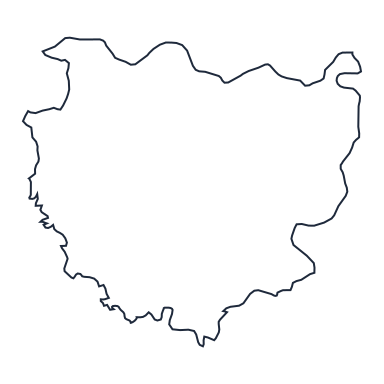 SVG path tracing the border of Komoé
{"feature_id": "BFA-2836", "entity_name": "Komoé", "entity_type": "Province", "adm_level": 1, "iso_a3": "BFA", "parent_name": "Burkina Faso", "parent_adm1": "", "projection": "albers", "projection_center": [-4.486, 10.237], "detail": "fine", "context": "isolated", "style": "outline", "palette": "slate", "viewbox_px": 384, "rotation_deg": 0, "n_neighbors": 0, "source": "natural_earth", "source_scale": "10m", "svg_char_len": 3637}
<svg xmlns="http://www.w3.org/2000/svg" viewBox="0 0 384 384"><path d="M32.4,198.9L29.6,198.6L29.3,197.6L30.2,196.2L30.8,194.9L30.9,182.0L29.2,178.5L29.0,178.4L35.1,173.7L35.0,169.1L36.1,165.3L38.4,161.6L38.9,158.6L37.4,150.4L37.6,146.4L36.1,141.7L32.4,137.4L31.3,127.5L26.5,124.9L23.0,121.2L25.3,116.0L28.1,111.1L30.4,112.4L35.6,113.1L42.6,110.6L49.3,109.2L53.8,107.8L57.5,109.2L60.4,109.6L63.1,105.5L66.6,98.4L68.1,94.0L69.2,89.5L68.8,80.8L66.8,73.3L68.4,68.2L68.9,63.1L65.0,59.9L61.3,60.7L57.7,59.1L51.7,57.7L45.3,55.0L42.7,51.4L54.9,46.6L65.2,38.1L69.8,37.7L80.0,39.5L99.9,39.4L103.1,40.6L104.9,42.3L106.2,45.6L112.6,53.7L115.1,57.8L119.2,59.6L125.6,61.8L130.8,64.7L135.3,64.3L147.4,55.3L149.3,52.9L153.5,48.9L159.9,44.7L165.9,42.5L171.5,42.6L176.5,43.0L182.2,45.1L187.1,50.6L192.9,65.8L195.7,69.8L199.1,71.3L205.2,71.8L218.8,76.0L220.8,77.7L222.3,80.5L224.5,82.7L228.2,82.5L240.7,75.6L242.9,73.9L248.7,71.0L258.4,67.7L265.1,64.6L267.9,64.3L270.0,65.5L275.4,71.6L278.4,74.5L281.6,76.4L286.8,78.1L300.2,80.6L305.1,85.7L309.3,85.3L312.7,83.3L320.4,80.7L323.6,78.5L324.5,74.5L325.1,69.9L333.2,61.9L335.8,57.5L338.6,54.2L342.5,52.6L352.4,52.5L352.4,54.5L354.5,57.9L358.1,61.6L360.1,66.7L361.0,71.5L357.7,73.4L344.5,73.2L339.9,74.1L337.8,76.0L336.9,78.1L336.6,80.7L337.7,83.8L340.3,86.3L344.0,87.6L353.0,88.6L355.6,90.6L359.8,95.6L360.0,97.4L359.7,101.3L359.1,103.6L358.6,106.2L358.3,126.8L359.2,133.4L359.1,137.3L358.0,138.3L356.1,139.8L353.7,142.5L352.1,147.6L349.6,153.1L343.0,161.5L341.9,163.4L340.7,165.0L340.7,168.8L342.7,172.3L343.7,175.6L345.2,183.5L346.8,187.7L347.3,191.7L345.7,195.9L338.4,206.1L334.2,215.3L331.6,218.5L324.1,222.6L314.1,225.7L308.6,225.6L301.8,224.0L296.6,224.3L294.7,228.0L292.1,235.5L291.4,238.8L293.5,245.0L306.9,255.8L313.8,263.1L314.5,267.7L314.4,271.4L314.4,272.7L314.4,272.8L310.1,274.1L301.3,279.8L296.4,281.1L292.9,282.9L291.9,286.8L290.5,290.1L283.0,290.2L281.1,290.9L277.5,292.6L277.3,293.2L277.2,294.5L276.7,295.6L275.3,295.9L273.9,295.5L271.5,294.1L258.3,290.2L254.3,290.7L250.1,293.9L243.4,303.3L239.1,305.7L230.4,306.8L226.3,308.3L223.3,311.1L224.3,311.3L227.0,312.2L220.0,319.7L218.7,321.8L218.7,323.9L219.3,329.5L218.8,332.4L215.8,338.3L214.2,340.2L207.9,337.5L204.3,336.6L203.6,340.3L203.7,344.2L202.9,346.3L199.7,344.8L198.2,342.2L196.2,334.5L194.1,331.0L188.4,329.7L180.1,330.1L172.5,329.3L169.2,324.4L169.8,320.1L172.0,314.0L172.6,309.9L172.0,308.8L170.6,308.0L168.8,307.7L164.6,307.7L163.8,308.1L163.6,309.1L162.9,310.7L161.8,313.9L161.7,317.1L160.8,319.5L157.4,320.5L154.7,319.5L151.4,314.5L148.7,312.3L145.7,315.4L143.0,316.9L140.1,317.3L136.7,317.2L136.9,317.8L136.1,319.2L134.6,320.8L132.7,322.1L130.8,322.9L130.6,322.7L130.7,321.8L129.5,320.5L126.4,319.2L125.1,318.2L124.6,316.4L124.3,313.9L123.4,312.3L120.7,309.9L119.4,308.2L118.7,306.9L117.5,306.1L115.1,305.8L112.8,306.1L112.0,306.9L112.3,308.0L113.7,309.2L110.1,309.8L107.1,304.9L104.0,305.8L103.3,303.9L102.9,303.0L100.8,301.1L100.8,299.3L103.1,299.5L105.0,299.2L108.8,297.9L106.6,293.9L105.4,288.6L103.5,285.0L99.1,286.4L97.5,281.6L94.2,278.6L89.6,277.2L84.2,276.8L82.2,276.3L81.4,275.1L80.4,274.0L77.7,273.5L76.0,274.6L74.7,276.7L73.4,278.3L71.4,277.5L64.6,271.2L64.3,268.5L67.6,258.8L67.2,257.3L64.7,251.8L62.1,248.4L61.0,246.0L66.0,245.8L66.9,242.6L65.3,238.3L62.7,234.7L59.9,232.9L56.8,231.4L54.3,229.1L53.1,224.9L50.8,226.8L48.1,228.0L45.5,227.6L43.6,224.8L46.8,223.4L45.3,222.9L44.0,222.3L42.4,221.8L40.5,221.8L42.6,219.8L48.0,217.9L47.6,216.1L41.7,212.2L40.4,209.8L41.9,205.5L35.7,205.8L35.9,203.2L37.8,198.9L37.2,194.1L36.5,195.6L35.5,197.2L34.1,198.4L32.4,198.9Z" fill="none" stroke="#1e293b" stroke-width="2"/></svg>